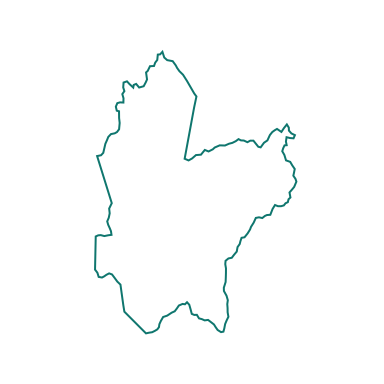 Guapó, Goiás, Brazil (Equal Earth projection), rotated 164°
{"feature_id": "56859067B33322565088724", "entity_name": "Guapó", "entity_type": "district", "adm_level": 2, "iso_a3": "BRA", "parent_name": "Brazil", "parent_adm1": "Goiás", "projection": "equal_earth", "projection_center": [-49.596, -16.918], "detail": "fine", "context": "isolated", "style": "outline", "palette": "teal", "viewbox_px": 384, "rotation_deg": 164, "n_neighbors": 0, "source": "geoboundaries", "source_scale": "gbopen_adm2", "svg_char_len": 2645}
<svg xmlns="http://www.w3.org/2000/svg" viewBox="0 0 384 384"><g transform="rotate(164 192 192)"><path d="M254.2,79.8L249.9,80.0L244.8,81.6L241.5,82.1L238.8,84.1L235.9,86.5L231.9,87.0L229.7,86.0L227.2,87.4L225.7,84.4L225.7,79.7L225.8,74.9L223.7,73.2L221.2,72.6L220.1,68.6L217.6,67.1L215.2,65.1L211.8,64.6L209.5,61.5L207.4,58.6L206.6,55.8L205.4,52.3L202.7,49.3L200.3,49.1L198.6,51.9L196.5,56.0L194.1,59.0L191.4,62.0L190.9,66.6L189.8,70.6L189.0,74.5L187.4,78.1L187.4,82.8L188.6,88.0L187.8,91.2L184.5,96.2L183.0,100.7L181.7,104.8L180.4,109.2L179.9,113.5L178.7,116.6L175.3,118.1L171.9,117.8L168.7,120.2L165.4,122.4L163.4,126.5L160.5,128.8L159.0,131.4L157.0,134.3L154.0,134.0L149.9,136.9L146.5,140.0L144.9,142.2L141.1,145.6L137.8,149.5L134.6,149.2L131.6,147.6L128.5,148.9L126.3,149.2L123.0,148.5L119.2,153.5L115.8,156.6L113.2,154.6L110.2,153.8L107.4,153.8L105.2,155.4L102.7,155.8L101.2,158.4L98.9,159.6L98.4,164.7L95.0,166.9L92.4,168.7L88.8,173.2L88.9,176.1L90.1,179.7L88.6,182.5L86.9,185.8L88.3,190.0L89.3,193.9L92.9,196.5L93.0,202.2L94.0,206.3L92.3,208.9L90.2,211.3L88.1,210.9L87.8,214.6L86.0,218.6L83.0,216.9L79.6,215.6L77.4,218.3L80.3,220.9L81.9,224.3L81.2,227.2L82.2,230.8L86.0,228.1L89.5,225.1L92.9,229.2L95.6,228.5L98.3,227.5L101.4,225.3L105.3,220.8L109.2,219.5L113.7,216.0L115.8,217.2L118.8,224.4L121.8,225.3L125.0,224.6L128.0,227.2L130.7,228.1L132.7,230.0L135.9,228.8L139.7,228.1L143.1,228.2L147.5,227.6L152.5,229.2L157.9,228.5L160.2,227.3L164.9,226.4L168.1,228.9L173.1,225.4L178.0,226.4L182.7,224.2L186.6,223.3L189.9,226.0L166.7,272.6L161.4,282.6L162.7,286.1L166.2,300.1L168.3,307.2L170.8,311.6L172.1,315.3L172.7,318.2L174.5,323.1L179.5,325.6L181.6,328.9L181.8,334.9L184.7,333.1L187.0,333.5L189.0,328.5L191.7,326.5L193.8,323.6L197.7,324.5L201.2,320.6L203.2,319.6L204.2,312.6L206.2,310.2L209.3,307.0L214.0,307.0L215.9,311.3L218.5,311.0L219.7,308.6L222.3,312.9L224.0,316.3L227.6,316.1L229.3,311.5L229.2,307.6L232.0,305.3L232.0,301.0L233.3,296.9L236.5,298.0L239.3,298.0L241.7,295.0L241.9,290.9L239.9,289.7L241.7,283.1L242.5,278.3L244.8,272.4L247.6,270.3L250.1,269.7L253.9,270.0L257.3,268.0L259.4,265.3L262.0,262.2L264.0,258.6L266.5,254.1L269.3,252.4L273.3,252.7L272.2,203.4L276.2,198.9L277.0,194.2L279.1,190.2L281.6,187.1L281.6,183.6L281.0,179.6L280.7,176.6L281.2,173.0L284.5,173.5L288.4,173.8L291.6,175.7L294.1,176.2L296.8,175.8L306.6,144.1L305.2,140.5L305.1,136.1L302.1,134.6L299.7,135.1L297.1,136.0L294.1,136.6L291.6,134.8L290.0,130.6L288.5,126.5L286.3,122.7L289.2,102.3L290.0,95.6L275.2,68.8L272.1,68.6L268.9,68.2L265.8,68.8L263.2,69.5L261.0,71.2L259.8,73.9L257.5,76.6L254.2,79.8Z" fill="none" stroke="#0f766e" stroke-width="2"/></g></svg>